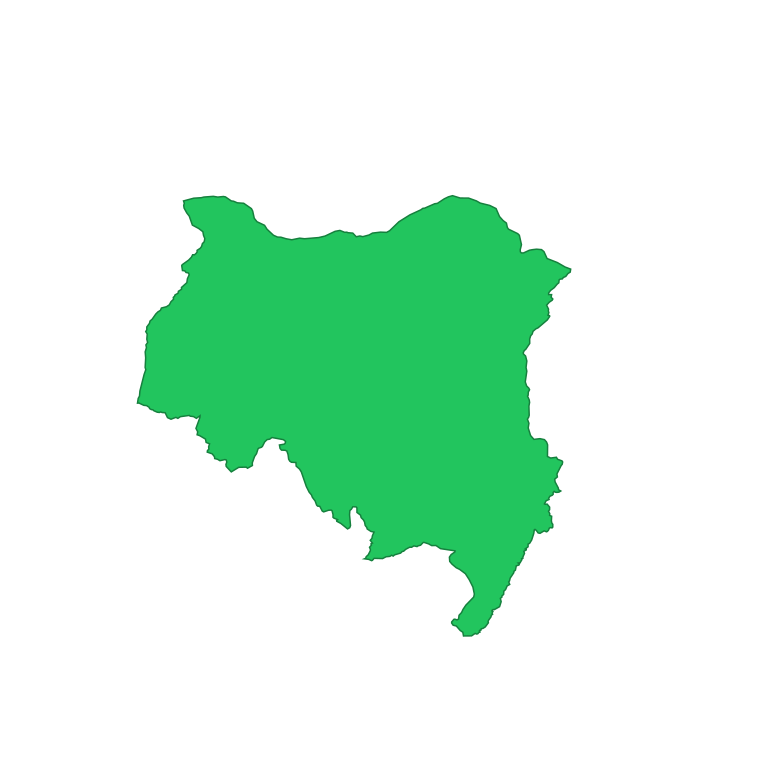 the district of San Carlos, Antioquia, Colombia, rotated 238°
{"feature_id": "7082276B57278693475313", "entity_name": "San Carlos", "entity_type": "district", "adm_level": 2, "iso_a3": "COL", "parent_name": "Colombia", "parent_adm1": "Antioquia", "projection": "natural_earth1", "projection_center": [-74.94, 6.191], "detail": "fine", "context": "isolated", "style": "filled", "palette": "green", "viewbox_px": 768, "rotation_deg": 238, "n_neighbors": 0, "source": "geoboundaries", "source_scale": "gbopen_adm2", "svg_char_len": 6171}
<svg xmlns="http://www.w3.org/2000/svg" viewBox="0 0 768 768"><g transform="rotate(238 384 384)"><path d="M128.2,317.9L124.0,324.8L124.2,329.1L123.0,329.9L122.5,331.1L123.0,332.7L122.8,334.0L124.1,334.0L124.4,334.7L123.9,335.7L124.9,336.8L124.3,338.4L124.3,341.1L126.2,346.0L127.2,346.2L128.2,347.4L129.8,351.3L131.0,352.4L131.2,354.1L132.3,354.1L133.4,355.8L134.2,355.2L134.8,355.6L134.9,357.0L134.2,358.1L133.9,364.0L137.3,368.0L140.6,369.1L140.8,371.1L141.7,371.5L142.2,374.0L144.8,375.8L145.2,378.1L147.5,381.4L147.4,384.4L150.1,384.9L150.5,386.1L152.5,388.1L155.1,393.9L156.3,395.0L156.5,396.8L159.7,399.8L159.0,402.5L159.7,403.5L161.0,403.0L160.3,404.7L162.0,407.9L163.0,408.2L162.6,409.4L163.7,410.1L165.9,413.4L168.0,413.9L167.9,416.7L168.5,417.1L169.3,416.4L169.6,419.9L171.9,421.4L171.7,423.0L173.4,426.5L177.8,431.7L180.7,434.2L180.7,435.0L179.0,435.6L176.0,435.8L174.7,437.2L174.6,442.0L172.6,443.4L172.4,444.2L172.8,445.9L174.2,447.9L174.0,449.0L172.9,450.3L173.2,451.3L175.6,452.8L176.9,452.6L179.2,453.4L183.0,456.1L184.8,454.8L186.2,455.9L189.0,456.1L189.6,457.8L191.8,459.2L195.7,458.7L196.6,456.9L197.3,456.5L199.1,459.7L198.6,462.8L199.9,463.1L200.9,465.3L200.5,467.6L200.8,469.0L202.4,469.9L202.8,471.4L201.6,471.8L200.5,473.1L199.6,475.1L199.6,477.2L201.9,476.0L203.4,476.7L210.2,477.2L212.8,478.3L213.3,481.8L216.1,483.0L220.9,490.9L221.5,492.6L223.2,494.2L224.5,494.2L228.2,491.3L230.5,491.4L232.9,486.1L235.9,484.2L245.7,490.5L248.6,491.1L251.8,490.6L255.0,487.3L257.6,481.8L262.6,481.0L270.3,483.0L273.9,486.1L278.2,487.0L279.2,489.1L280.6,490.6L288.5,495.2L291.2,497.7L293.5,498.7L297.7,499.3L298.1,500.3L300.7,502.1L302.0,504.4L303.8,504.6L306.7,503.9L310.9,504.9L319.2,511.9L322.7,513.2L327.8,517.3L332.7,518.9L335.4,518.2L336.6,518.5L338.1,520.8L338.2,522.4L341.2,529.1L345.0,531.4L347.2,534.0L347.8,536.1L349.7,538.3L350.3,542.0L350.0,544.4L351.8,556.5L353.6,560.4L354.2,560.6L355.4,559.5L357.3,561.7L358.8,562.0L360.3,563.2L364.7,563.7L365.8,567.6L365.9,571.0L366.6,572.2L369.0,571.7L371.0,573.5L372.6,571.0L374.0,571.9L375.1,574.9L375.5,579.5L376.9,583.7L377.2,585.9L379.5,587.7L379.6,588.9L378.6,591.0L379.3,592.5L378.9,595.2L380.2,598.5L380.2,601.2L382.5,603.2L387.2,599.6L395.1,595.4L404.0,588.8L411.5,589.8L414.5,588.8L417.5,584.8L419.2,581.2L420.4,578.2L421.2,571.8L422.4,569.9L423.9,569.7L425.6,570.6L429.3,574.4L438.4,577.6L440.6,577.1L449.4,571.6L451.5,571.6L455.6,573.1L459.5,571.6L464.8,570.7L473.4,572.0L479.4,568.3L486.4,561.5L490.3,559.4L496.9,554.2L501.3,547.2L507.4,541.9L508.6,537.8L509.1,533.3L508.9,525.0L510.0,522.5L511.6,511.6L512.4,510.0L512.2,507.5L513.7,495.7L513.7,482.7L511.0,470.0L511.2,466.6L514.7,461.4L518.1,454.2L518.3,450.3L520.2,444.1L522.3,442.0L523.6,438.5L528.5,437.5L531.5,433.5L532.4,433.0L533.5,431.0L537.6,428.0L539.4,423.4L540.7,412.4L542.8,406.2L549.3,393.6L552.4,389.7L555.2,382.2L559.0,378.0L563.1,374.4L565.0,371.6L568.7,369.1L577.3,366.8L581.9,366.8L588.9,362.3L593.3,361.8L600.3,364.3L603.0,364.5L611.6,360.8L615.4,355.6L618.7,353.3L620.2,351.5L626.7,348.7L628.1,347.2L630.6,342.1L633.6,338.7L638.0,330.3L638.8,327.8L642.4,321.1L645.5,311.0L643.1,310.4L641.6,308.8L639.1,307.7L633.6,307.4L629.6,307.8L620.3,305.7L614.0,309.3L609.1,311.1L605.7,309.7L602.3,309.1L599.9,306.9L599.3,304.4L597.3,302.2L596.5,300.1L596.4,296.3L595.0,295.5L594.3,293.8L594.0,291.8L595.0,290.2L593.6,287.9L592.6,284.0L592.1,276.1L591.6,275.2L587.0,273.2L585.6,275.0L583.5,275.2L581.8,277.0L579.9,276.7L577.4,273.0L574.4,270.5L573.2,263.4L571.6,262.5L571.6,258.8L570.1,257.4L570.3,254.0L569.4,252.9L569.1,251.2L567.4,250.4L566.7,247.0L564.9,243.9L564.8,240.5L566.4,235.5L564.9,233.4L565.0,230.6L564.3,227.6L561.8,221.7L561.4,219.0L559.7,217.2L558.1,213.1L555.7,211.6L554.7,209.7L551.9,209.7L547.7,206.6L544.4,205.5L543.3,202.8L540.7,201.8L537.8,198.5L532.4,195.7L524.6,190.2L522.4,189.6L519.2,185.6L507.4,173.3L503.3,170.2L502.1,168.0L498.4,164.8L497.7,166.1L493.2,169.0L491.5,171.2L488.6,172.5L487.4,172.2L485.6,173.1L484.7,174.3L483.4,174.6L480.3,176.7L478.9,178.4L478.6,179.9L477.4,180.7L475.6,183.2L470.2,182.6L467.0,184.7L466.0,189.8L464.1,191.0L464.2,194.0L460.5,202.3L459.5,202.5L457.3,205.2L454.3,206.7L454.6,211.2L453.2,210.2L446.0,201.0L442.2,200.7L440.0,198.6L437.9,200.3L431.9,203.4L428.7,202.2L425.7,204.4L423.7,202.0L421.6,201.0L421.1,199.0L419.9,198.0L415.8,201.3L412.1,201.7L410.5,200.9L408.3,203.0L405.9,204.2L404.2,209.1L403.1,210.0L401.1,209.3L399.5,207.3L397.7,206.5L390.4,207.9L390.3,216.7L386.5,223.1L384.9,223.6L384.6,229.2L386.9,230.5L391.1,235.8L392.5,239.0L395.7,242.7L396.0,243.6L395.3,246.5L395.5,247.8L398.1,252.1L398.8,255.4L397.8,257.8L398.0,260.6L390.1,269.2L387.5,270.1L386.1,268.8L385.8,267.7L387.7,263.0L384.4,261.7L382.3,262.0L380.2,265.0L378.7,266.1L374.9,265.2L370.8,263.3L368.6,263.2L366.7,264.0L364.1,267.7L360.9,266.0L356.6,267.3L353.3,267.3L338.2,263.8L331.8,263.2L328.5,263.7L325.8,263.2L321.3,263.6L317.0,262.7L315.6,263.0L314.3,264.7L308.9,264.3L307.5,265.1L306.3,270.1L305.1,272.3L304.2,272.8L300.1,271.5L298.0,270.1L296.7,270.5L293.6,272.8L293.2,271.4L292.6,271.2L288.6,273.5L280.4,276.3L280.3,278.8L281.7,280.6L291.4,285.5L294.8,288.0L295.1,290.0L296.4,292.5L294.6,295.2L293.3,295.4L289.4,293.0L285.2,294.6L282.8,293.8L279.9,294.5L277.4,294.4L274.0,293.1L271.4,293.4L270.0,292.9L265.9,294.8L263.7,297.1L261.5,293.8L259.5,292.0L258.7,289.5L255.2,289.9L255.3,288.2L254.0,287.9L253.2,285.2L251.2,284.9L249.9,284.1L247.5,280.1L247.0,277.4L245.9,276.1L246.1,274.8L243.3,278.2L240.8,279.8L240.6,280.7L241.4,283.2L236.7,290.3L236.4,294.2L234.7,297.6L234.8,299.7L233.2,300.6L233.5,302.4L231.8,308.5L232.3,310.6L231.8,312.1L232.3,314.8L232.0,319.3L230.9,320.9L230.9,323.5L228.6,325.9L228.7,327.0L227.9,329.6L228.8,333.1L228.6,333.9L224.8,337.1L221.7,338.8L219.5,342.5L214.4,344.7L204.9,355.8L204.0,355.1L203.8,350.6L202.5,347.7L198.7,345.7L195.2,346.2L189.9,347.9L186.7,349.9L180.0,352.5L172.9,352.6L164.7,351.8L158.0,349.3L155.8,347.2L153.1,336.3L151.0,331.6L149.1,328.7L148.1,325.1L145.1,322.6L145.3,320.9L147.0,319.5L147.4,318.6L146.4,315.4L145.5,314.7L142.8,314.8L140.4,317.1L134.6,318.0L131.7,319.3L128.2,317.9Z" fill="#22c55e" stroke="#15803d" stroke-width="1.5"/></g></svg>